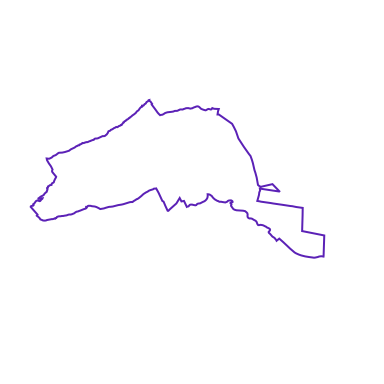 Santa Cruz Tlaxcala, Tlaxcala, Mexico, rotated 114°
{"feature_id": "50627088B88725263381209", "entity_name": "Santa Cruz Tlaxcala", "entity_type": "district", "adm_level": 2, "iso_a3": "MEX", "parent_name": "Mexico", "parent_adm1": "Tlaxcala", "projection": "equal_earth", "projection_center": [-98.126, 19.361], "detail": "fine", "context": "isolated", "style": "outline", "palette": "violet", "viewbox_px": 384, "rotation_deg": 114, "n_neighbors": 0, "source": "geoboundaries", "source_scale": "gbopen_adm2", "svg_char_len": 6101}
<svg xmlns="http://www.w3.org/2000/svg" viewBox="0 0 384 384"><g transform="rotate(114 192 192)"><path d="M135.3,153.2L134.1,155.5L129.7,162.9L124.2,171.4L118.7,176.5L115.7,180.1L113.4,183.1L110.3,198.9L110.8,200.2L107.5,201.1L105.3,201.3L107.0,205.7L107.1,207.6L108.5,207.8L109.0,208.4L109.2,209.8L109.5,210.9L110.4,211.7L111.1,212.1L111.8,212.7L112.0,213.5L112.2,215.0L112.3,216.8L112.3,217.5L112.1,218.1L111.5,219.7L111.3,220.8L111.5,221.8L111.8,222.3L112.3,223.0L112.8,223.4L114.3,225.0L115.3,225.7L115.9,226.6L116.5,227.4L116.9,229.6L117.7,231.2L118.2,231.9L118.9,232.5L119.8,233.6L120.2,233.8L120.6,234.4L120.8,235.0L121.4,236.3L121.6,236.6L122.2,237.0L122.7,237.6L123.4,238.0L123.9,238.6L124.4,239.7L125.0,240.8L126.0,241.7L126.9,243.0L129.2,246.9L130.7,248.6L132.6,249.8L133.6,250.7L134.3,251.9L134.8,252.4L134.1,254.3L133.4,255.8L131.4,259.2L128.5,264.4L128.4,264.5L127.7,264.3L126.2,266.8L126.1,268.2L126.0,268.4L125.4,268.5L125.8,269.0L126.2,269.0L127.1,269.2L127.7,269.6L128.1,270.0L128.8,270.2L129.6,270.2L130.3,270.4L130.9,271.0L132.6,271.4L133.0,271.8L133.3,272.7L133.4,272.8L133.6,272.7L134.1,272.2L134.4,272.3L134.7,272.5L134.9,272.9L135.3,273.2L136.9,273.7L139.1,274.1L139.8,274.5L140.3,274.9L141.4,275.3L142.3,275.4L144.4,276.4L146.5,277.7L147.6,278.1L149.0,279.0L149.4,279.0L150.1,279.4L150.3,279.8L151.0,279.9L152.2,280.6L152.5,280.9L152.6,281.2L153.9,281.5L154.3,281.8L154.6,282.2L154.9,282.4L156.0,282.5L156.2,283.0L156.4,283.1L157.0,283.0L158.5,283.5L159.3,283.5L159.6,283.7L159.8,284.0L159.8,284.3L160.6,284.6L161.6,285.7L163.0,286.4L163.2,286.8L163.4,287.7L164.4,288.3L165.3,289.2L166.4,289.8L166.8,290.2L167.5,290.6L168.2,291.4L169.0,291.6L169.5,291.9L170.2,292.7L170.5,293.0L171.8,293.0L172.1,292.9L173.2,293.2L173.6,293.2L174.1,293.3L175.1,293.9L175.8,294.1L176.2,294.5L176.7,295.0L177.0,295.6L177.3,296.4L181.3,299.9L182.0,301.0L182.4,301.9L183.1,302.7L183.5,302.8L183.9,302.8L184.4,303.1L185.1,304.1L185.9,304.8L186.3,305.3L186.8,305.6L187.3,306.3L188.5,307.3L189.1,308.0L189.3,308.4L189.4,308.9L190.2,309.6L190.6,310.2L191.3,310.7L191.7,311.8L191.8,312.1L192.7,312.3L193.3,312.8L194.4,314.0L195.0,313.9L195.1,314.0L195.4,314.3L195.6,314.9L196.8,315.7L197.1,316.2L199.1,317.3L202.4,320.1L204.3,321.1L207.2,324.4L208.8,326.6L210.2,329.4L210.7,329.9L212.6,330.9L213.7,331.5L215.5,333.3L217.6,334.2L219.5,335.8L219.8,336.2L220.5,338.4L221.9,337.4L224.0,334.5L225.9,331.3L227.9,328.9L228.1,328.6L229.3,328.5L229.8,328.3L230.1,328.2L230.5,327.8L230.9,327.1L231.8,325.3L233.3,322.3L234.0,322.2L235.9,322.4L238.3,322.4L239.0,322.2L239.8,322.4L240.8,323.3L241.3,323.4L241.8,323.5L242.6,323.2L242.8,323.4L243.5,324.5L244.2,324.9L244.9,325.3L245.5,325.8L245.9,325.5L246.5,325.5L247.1,326.0L247.4,326.0L248.3,325.4L248.1,325.2L248.7,325.0L250.6,325.0L250.8,324.8L253.4,326.0L254.9,326.2L255.9,326.8L258.0,328.5L259.0,328.9L260.3,329.7L260.5,329.5L260.1,329.0L260.0,328.7L260.3,327.8L260.3,327.4L259.9,327.0L258.8,326.5L258.5,326.0L259.1,326.0L260.2,326.6L261.9,327.0L262.3,327.4L262.5,329.0L262.6,329.8L263.3,330.5L264.0,330.9L266.5,331.4L267.8,332.1L268.2,331.8L268.4,331.4L269.0,331.5L270.2,333.1L270.7,333.4L271.2,333.3L275.5,323.9L276.2,323.9L276.8,324.1L276.9,323.8L277.2,322.4L277.9,320.5L278.7,319.4L278.7,319.0L278.6,318.4L278.6,318.2L278.6,316.4L277.9,314.6L277.2,313.6L276.6,313.1L273.7,308.9L273.6,308.5L273.2,307.9L272.7,307.4L272.3,306.9L272.1,306.3L271.6,306.4L271.3,306.1L271.0,305.4L269.8,305.2L269.4,304.9L268.5,303.9L267.5,302.0L266.9,301.2L266.1,299.6L265.8,299.3L264.3,297.0L263.0,295.7L262.6,295.1L261.9,293.6L261.1,292.6L259.3,290.9L257.9,290.2L256.9,289.4L256.1,288.2L255.1,287.3L254.6,286.7L251.6,283.8L250.5,282.5L249.8,282.0L249.4,281.9L249.2,282.1L248.8,282.7L248.7,282.7L248.5,281.9L248.3,281.7L247.4,281.6L246.7,281.0L245.8,278.8L245.8,278.3L245.7,277.7L244.8,274.9L244.6,273.2L244.7,270.6L244.9,268.9L244.7,268.6L242.9,265.9L242.3,265.2L241.7,264.6L239.6,262.1L239.0,261.2L238.8,260.7L237.5,258.5L234.0,254.1L232.2,251.3L231.0,249.7L226.7,244.8L225.8,243.4L225.7,242.9L225.3,242.2L224.5,241.9L223.0,240.9L222.4,240.4L221.1,239.7L220.6,239.0L219.1,238.1L216.6,236.8L213.6,235.5L211.0,233.8L209.6,232.6L208.6,232.1L207.3,230.9L205.4,228.7L204.4,228.1L203.7,226.7L203.3,226.2L206.4,222.1L212.2,215.5L212.3,215.2L212.3,214.2L212.5,213.9L215.5,210.7L219.0,206.7L219.0,206.2L218.7,205.9L217.0,205.3L208.8,201.6L202.5,200.8L204.9,197.8L203.4,195.7L207.7,190.7L207.3,190.4L206.6,189.4L204.7,188.8L204.2,188.3L203.5,186.9L203.2,185.2L202.8,183.5L202.2,182.8L200.9,182.4L200.1,181.7L199.1,180.0L196.6,178.0L195.9,177.3L194.6,176.4L193.0,175.8L191.8,175.6L190.9,175.6L189.7,175.9L188.4,176.4L187.7,176.8L187.3,175.7L187.2,174.6L187.3,173.9L187.7,172.1L188.3,171.2L188.8,170.1L189.2,169.0L189.5,167.9L189.7,166.1L189.8,165.0L189.6,164.2L189.8,163.2L189.6,162.5L189.1,161.6L188.8,160.2L188.0,157.3L186.5,155.9L185.6,155.6L184.9,155.0L184.1,153.7L183.7,152.5L183.8,152.2L183.9,151.5L184.2,151.1L184.8,150.9L186.2,152.4L186.7,152.2L186.9,151.4L187.2,151.0L187.5,150.8L188.3,150.9L188.9,150.5L190.7,147.4L190.9,146.1L190.6,143.9L188.3,137.7L187.9,135.7L188.4,133.9L188.9,132.8L190.0,132.0L191.2,131.6L192.1,131.1L192.8,129.9L192.8,128.7L192.2,127.5L192.0,126.2L192.3,124.3L192.4,122.3L192.9,121.0L194.7,119.2L195.3,118.1L195.0,117.3L194.1,116.0L193.6,114.1L193.5,113.1L193.6,111.5L193.6,110.3L193.9,109.3L193.9,107.0L194.2,105.8L194.8,105.3L195.5,105.2L197.3,105.7L197.7,105.5L198.1,105.0L198.6,103.4L200.0,100.5L200.3,98.4L200.4,97.9L201.8,95.2L202.1,94.9L199.1,93.3L200.7,88.2L203.8,79.4L205.5,73.7L205.7,72.0L205.7,68.9L205.5,66.4L204.8,62.4L203.8,58.6L202.9,55.6L202.5,54.1L202.1,53.2L200.2,50.6L199.3,49.7L198.5,48.5L197.9,47.2L197.5,45.6L197.1,45.7L177.9,53.5L182.9,75.5L168.3,81.5L161.5,84.4L163.3,90.6L164.2,94.7L164.7,96.1L166.9,104.1L169.4,112.9L170.1,115.7L172.8,125.1L173.0,126.3L173.6,128.7L167.5,129.6L164.9,130.4L162.9,130.4L161.3,131.4L156.1,112.6L155.8,112.5L152.1,121.7L158.8,130.6L159.3,131.4L159.1,133.4L158.7,134.6L152.5,138.8L148.8,141.8L146.5,143.9L140.9,148.1L138.2,150.4L135.3,153.2Z" fill="none" stroke="#5b21b6" stroke-width="2"/></g></svg>